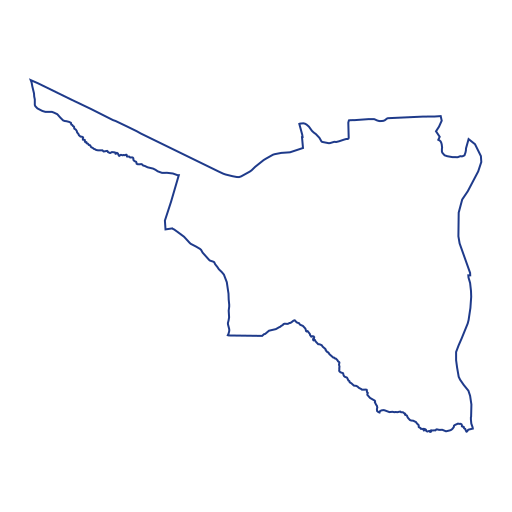 outline of Oboga, Olt, Romania
{"feature_id": "2599482B49636581279987", "entity_name": "Oboga", "entity_type": "district", "adm_level": 2, "iso_a3": "ROU", "parent_name": "Romania", "parent_adm1": "Olt", "projection": "mercator", "projection_center": [24.07, 44.419], "detail": "fine", "context": "isolated", "style": "outline", "palette": "blue", "viewbox_px": 512, "rotation_deg": 0, "n_neighbors": 0, "source": "geoboundaries", "source_scale": "gbopen_adm2", "svg_char_len": 6046}
<svg xmlns="http://www.w3.org/2000/svg" viewBox="0 0 512 512"><path d="M379.5,412.5L379.8,411.5L380.2,411.0L381.5,410.4L383.4,410.1L384.6,410.3L389.4,412.1L392.4,411.8L394.5,412.2L395.7,412.0L397.4,412.2L399.5,411.7L400.3,411.6L401.0,412.2L403.0,412.3L404.0,413.1L405.0,413.6L405.2,413.9L404.9,414.3L405.1,414.8L406.5,415.3L406.9,415.6L407.2,416.2L407.3,416.7L408.0,417.9L409.9,420.0L411.1,420.5L413.2,420.7L416.0,422.1L416.8,423.3L418.6,425.1L418.7,425.7L418.7,426.9L418.9,427.2L420.4,428.0L421.0,428.9L421.9,428.8L422.6,429.2L423.8,428.8L424.1,428.9L424.2,429.2L423.9,430.2L424.0,430.4L424.6,430.1L424.9,429.2L425.2,429.2L425.9,429.7L426.1,430.7L426.6,431.2L427.4,431.5L428.6,431.1L429.4,431.0L429.9,431.8L430.5,431.9L431.0,431.6L430.8,430.6L431.1,430.3L432.8,430.5L434.2,430.3L435.4,430.4L436.4,429.4L437.1,429.4L439.2,429.9L442.3,429.8L446.0,431.3L449.9,430.4L451.1,429.9L452.3,429.0L453.7,427.2L453.9,426.6L454.0,425.7L454.3,425.4L455.1,424.9L458.0,423.6L459.2,423.9L460.6,423.8L461.5,424.3L461.9,425.1L461.9,426.3L462.5,426.7L463.3,426.7L463.8,427.0L464.0,428.1L464.5,428.6L465.2,428.9L465.9,430.7L466.4,431.6L466.6,431.7L467.2,431.3L468.1,429.9L468.7,429.6L472.8,428.6L472.6,427.3L471.3,423.6L470.9,419.5L470.9,417.4L471.1,416.7L471.4,404.5L470.1,395.8L468.4,390.7L463.7,384.9L460.1,379.7L458.7,376.8L457.1,367.6L456.1,360.2L456.1,352.0L458.6,345.4L461.7,338.3L467.7,323.5L468.6,320.0L470.4,308.0L471.2,296.8L471.0,291.0L470.1,283.0L468.5,277.5L468.3,275.3L470.2,275.3L470.1,272.9L459.6,243.4L458.4,236.3L458.7,212.6L462.2,199.5L467.8,191.2L478.2,171.4L481.3,162.0L480.9,156.1L475.0,144.2L468.6,139.1L466.0,148.4L465.9,150.4L465.5,152.4L464.5,155.3L463.2,156.0L461.9,156.4L460.3,156.2L457.7,157.2L452.3,157.1L447.2,156.2L444.6,155.3L442.6,153.1L442.1,152.2L441.9,151.4L441.9,148.9L442.1,147.6L441.7,144.3L441.2,142.6L440.6,141.4L439.8,140.6L438.3,139.8L439.7,136.8L436.0,131.3L439.0,126.7L441.7,120.7L440.7,116.1L434.9,116.5L422.9,116.6L387.9,118.2L386.9,118.6L384.9,120.2L383.5,120.8L381.9,121.0L379.7,121.1L378.6,120.9L377.0,120.4L374.4,119.2L373.0,119.1L368.9,119.1L355.1,120.1L350.1,120.2L348.9,120.4L348.3,122.6L348.7,137.9L348.4,138.6L347.7,139.0L346.2,139.0L344.1,139.6L339.0,141.3L336.2,142.0L334.3,141.8L330.0,143.1L328.8,143.2L322.1,141.9L321.4,141.3L319.4,137.8L315.9,134.1L313.7,132.5L311.9,130.8L308.9,126.6L306.6,124.6L305.0,123.7L303.4,123.3L300.0,123.6L299.3,123.9L302.2,134.6L302.6,137.0L302.0,137.1L303.0,148.0L290.0,152.3L281.3,152.9L274.6,154.2L273.0,154.7L265.9,158.7L263.6,160.1L255.2,166.8L251.6,170.3L249.8,171.6L241.1,176.4L239.0,177.1L236.7,177.0L232.5,176.2L225.6,174.5L223.3,173.7L219.0,171.7L140.8,133.5L136.7,131.2L127.5,126.7L115.6,121.0L113.0,120.1L90.8,108.9L71.9,99.9L37.8,83.2L30.7,80.1L31.6,82.5L32.3,86.3L34.0,93.4L34.2,96.5L34.8,99.4L34.8,104.9L35.2,106.0L35.6,106.5L37.4,108.4L42.0,110.8L43.1,111.2L45.5,111.9L52.0,111.9L53.9,112.6L57.3,114.2L60.3,117.6L63.1,120.4L64.7,121.0L66.4,121.2L69.1,121.9L70.9,122.8L71.3,124.5L72.3,125.0L72.9,126.0L73.8,126.5L74.1,127.0L74.2,128.2L74.3,128.6L75.8,129.6L76.8,131.1L77.1,132.4L78.5,134.1L78.9,135.2L80.5,136.6L81.8,136.7L82.9,137.2L83.1,137.5L82.8,138.6L82.9,139.6L84.7,139.9L84.9,140.4L84.8,141.1L85.1,141.9L86.3,142.1L86.5,142.3L86.5,143.1L86.9,143.4L87.9,143.7L88.3,144.1L88.7,144.9L90.1,145.3L91.2,147.2L92.7,147.9L93.9,148.9L95.1,149.3L96.2,150.0L97.9,150.3L102.4,150.3L103.4,151.3L103.7,151.5L107.1,150.9L107.4,151.1L107.8,151.5L107.9,152.0L108.4,152.3L110.0,153.0L110.5,152.9L111.6,152.2L112.2,152.1L114.8,152.4L115.3,152.7L115.5,153.7L115.7,153.8L116.0,153.7L116.7,152.9L117.0,152.9L117.9,153.5L118.3,154.6L119.0,155.7L119.2,155.9L119.9,155.5L120.2,155.1L120.7,154.9L121.2,154.9L122.7,155.3L123.4,155.0L124.6,155.2L126.2,154.7L126.5,154.8L126.8,155.2L126.8,156.0L127.0,156.5L129.2,156.6L130.2,157.5L132.0,157.4L132.6,157.5L133.0,157.8L133.3,158.3L133.4,159.8L133.6,160.2L134.5,161.1L136.1,161.8L136.4,162.4L136.6,163.7L137.4,164.2L139.7,164.3L141.2,164.1L141.9,164.3L143.1,165.5L144.9,166.0L147.6,167.3L153.1,168.6L155.5,169.8L157.7,171.3L161.8,172.8L162.7,172.9L167.0,172.8L172.9,173.5L177.6,175.2L178.8,175.2L171.0,201.9L164.9,220.6L165.5,229.4L172.3,228.4L172.7,228.8L174.2,229.5L184.0,236.7L189.6,242.8L190.7,243.8L196.1,246.6L200.0,248.9L201.1,249.9L202.6,252.6L209.1,259.9L210.0,260.6L213.1,261.6L214.2,262.2L215.2,264.3L217.3,266.9L218.9,269.3L221.8,272.1L223.9,274.6L226.8,282.2L228.5,293.7L228.7,299.5L229.2,304.7L229.2,306.6L228.7,310.7L229.1,317.3L228.6,320.3L227.9,323.1L228.0,324.4L229.1,328.7L229.3,330.1L229.1,331.6L228.5,333.8L227.8,335.2L228.3,335.4L230.3,335.5L262.1,335.9L264.0,334.2L265.2,333.9L269.0,330.7L275.9,329.1L279.0,327.3L280.4,326.7L280.9,326.1L282.8,325.0L283.5,324.1L284.7,323.7L287.4,323.9L288.5,323.6L289.4,323.0L290.1,323.0L291.3,322.4L293.3,320.8L294.4,320.3L294.9,320.4L296.0,321.7L297.1,322.6L299.0,323.2L299.8,324.4L300.3,324.8L302.9,325.9L305.1,328.3L305.5,328.9L306.1,331.1L306.7,331.5L307.6,331.1L309.8,333.9L310.1,335.1L311.3,336.7L311.7,336.7L311.9,336.3L312.2,336.2L313.6,336.4L314.2,337.2L314.0,338.2L313.1,339.0L313.1,339.8L313.5,340.3L314.5,339.8L315.0,340.1L315.5,341.3L318.2,344.2L319.6,344.3L321.7,345.2L322.7,346.7L325.3,348.9L325.5,349.2L325.5,349.8L326.0,350.2L326.3,351.1L326.8,351.4L327.2,352.0L328.1,352.3L328.3,352.7L328.7,352.9L329.2,353.9L329.9,354.6L333.3,357.6L334.3,357.7L335.0,358.5L336.0,358.7L337.5,360.3L338.1,361.4L338.9,361.9L339.3,362.3L339.4,362.7L339.0,364.7L339.4,366.3L339.5,366.9L339.2,368.1L339.4,368.9L339.2,370.2L339.2,370.7L339.4,371.3L340.5,372.3L342.8,373.1L343.1,373.3L343.5,375.0L344.1,376.2L345.2,377.0L346.6,377.4L347.1,377.8L348.4,380.5L349.3,381.0L349.5,381.4L349.7,382.3L351.4,383.3L353.9,385.6L356.3,385.9L357.7,386.7L358.8,387.8L361.3,389.1L362.0,389.7L366.0,389.6L366.7,389.8L366.9,390.8L366.9,391.9L367.8,393.0L367.3,394.1L367.4,394.9L370.0,397.9L374.7,400.6L374.9,400.9L375.1,401.2L374.9,402.5L375.5,403.3L375.9,404.4L376.9,405.8L377.1,406.8L377.3,407.3L376.9,409.2L377.1,411.0L378.4,412.1L379.5,412.5Z" fill="none" stroke="#1e3a8a" stroke-width="2"/></svg>